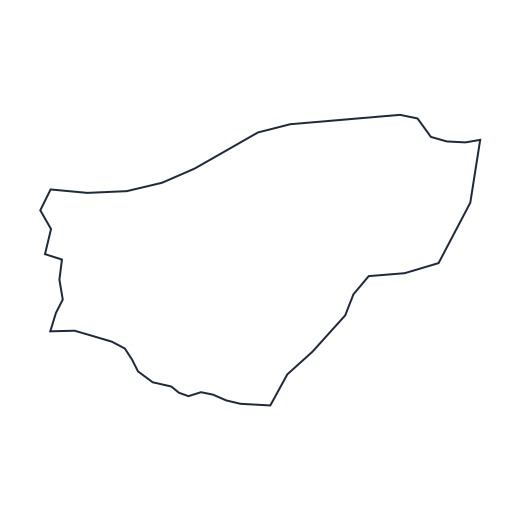 Kamuli, orthographic projection, rotated 93°
{"feature_id": "UGA-3069", "entity_name": "Kamuli", "entity_type": "District", "adm_level": 1, "iso_a3": "UGA", "parent_name": "Uganda", "parent_adm1": "", "projection": "orthographic", "projection_center": [33.145, 0.917], "detail": "fine", "context": "isolated", "style": "outline", "palette": "slate", "viewbox_px": 512, "rotation_deg": 93, "n_neighbors": 0, "source": "natural_earth", "source_scale": "10m", "svg_char_len": 687}
<svg xmlns="http://www.w3.org/2000/svg" viewBox="0 0 512 512"><g transform="rotate(93 256 256)"><path d="M404.5,233.9L404.4,263.8L401.8,278.1L396.7,291.7L394.9,303.8L399.5,316.1L396.6,325.8L390.8,333.7L387.5,352.6L377.4,367.8L365.9,374.4L355.3,382.1L349.1,395.5L340.1,433.2L342.0,457.5L323.3,452.8L309.6,446.7L289.9,451.1L269.7,449.6L265.2,466.8L239.8,462.1L221.7,473.8L200.3,464.6L201.8,427.7L198.0,388.5L187.7,353.5L171.8,321.7L132.5,260.5L122.6,228.7L107.5,119.6L110.2,101.9L127.9,87.6L131.6,71.5L131.6,52.9L128.3,38.2L191.6,44.8L253.5,73.3L265.4,106.7L270.2,142.4L289.2,156.7L310.6,163.8L348.7,194.7L372.5,218.5L404.5,233.9Z" fill="none" stroke="#1e293b" stroke-width="2"/></g></svg>